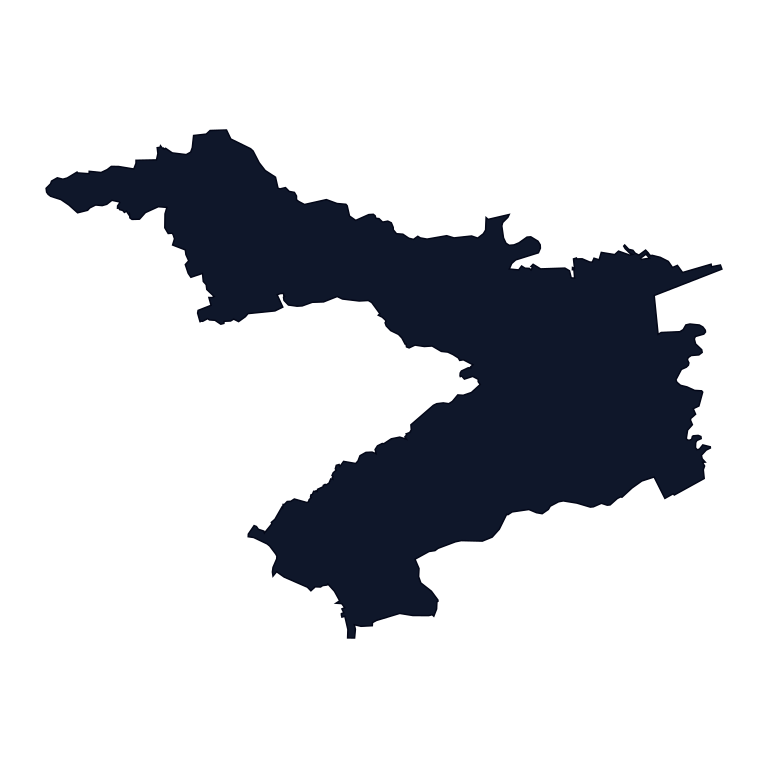 outline of DEJ, Cluj, Romania
{"feature_id": "2599482B75770184766435", "entity_name": "DEJ", "entity_type": "district", "adm_level": 2, "iso_a3": "ROU", "parent_name": "Romania", "parent_adm1": "Cluj", "projection": "robinson", "projection_center": [23.804, 47.127], "detail": "fine", "context": "isolated", "style": "filled", "palette": "ink", "viewbox_px": 768, "rotation_deg": 0, "n_neighbors": 0, "source": "geoboundaries", "source_scale": "gbopen_adm2", "svg_char_len": 6113}
<svg xmlns="http://www.w3.org/2000/svg" viewBox="0 0 768 768"><path d="M354.6,638.0L355.4,629.3L354.3,624.7L361.0,626.3L372.3,625.7L372.5,622.6L376.6,620.4L399.7,613.4L412.8,615.5L428.7,615.6L432.2,614.7L433.8,616.2L436.6,609.0L436.9,601.9L438.0,601.2L437.9,600.0L431.4,591.2L420.8,582.9L418.6,576.6L419.0,568.5L415.0,559.2L429.0,551.5L435.0,550.6L438.1,548.3L455.4,541.8L461.3,540.6L482.4,541.1L492.2,537.1L499.3,529.2L506.7,514.2L507.9,514.7L512.2,511.9L528.9,509.5L536.5,512.7L542.2,513.7L548.4,509.4L550.2,506.2L558.5,501.8L563.3,500.9L576.9,503.1L590.3,507.1L593.4,506.8L601.4,503.3L607.2,505.2L610.1,504.9L617.3,498.5L620.5,496.9L622.0,497.2L632.0,488.0L641.8,481.0L654.1,477.0L664.9,498.4L673.1,493.8L674.3,495.0L704.2,478.5L703.3,469.7L704.6,466.0L702.5,462.3L705.2,462.1L702.2,458.8L701.4,455.3L706.2,450.1L710.4,448.0L710.3,446.8L702.8,444.9L699.4,449.2L696.9,449.7L695.5,447.6L695.7,442.6L696.9,440.5L701.2,438.6L700.9,436.5L698.2,435.4L693.3,435.8L692.4,436.4L691.7,439.2L689.8,440.2L687.6,440.1L686.3,438.6L687.6,430.1L692.4,424.7L690.5,420.2L690.7,418.5L695.6,414.2L693.2,408.7L698.9,406.0L702.7,392.1L701.6,390.8L694.6,390.4L687.0,386.9L680.5,385.3L676.9,382.2L675.9,379.8L681.4,369.4L686.3,367.2L688.4,365.2L688.9,362.9L687.4,359.8L688.2,357.6L691.2,355.5L698.9,354.9L702.2,352.4L701.7,349.7L695.6,343.9L694.3,338.9L695.4,336.5L703.8,334.1L705.5,332.0L705.3,330.2L702.9,327.0L699.4,325.0L689.9,324.0L685.9,324.9L683.2,329.6L679.9,331.7L661.2,332.5L658.1,334.4L654.2,295.5L721.9,269.1L720.4,265.0L711.5,266.8L711.1,264.2L682.6,272.5L677.4,265.4L672.5,267.5L668.3,261.4L660.2,257.3L652.0,255.3L650.7,255.9L648.3,253.2L646.2,254.5L649.6,258.2L641.4,259.4L640.5,258.2L648.1,252.7L645.6,250.1L638.9,255.1L635.2,253.2L632.9,250.3L628.7,249.3L624.7,245.0L623.7,246.1L625.2,248.7L629.8,253.2L632.6,254.4L629.7,255.1L618.5,251.1L614.7,254.6L601.3,252.4L599.1,259.8L594.0,258.2L592.3,262.1L589.9,262.1L582.2,258.8L576.6,258.9L576.4,258.0L573.5,258.9L574.5,268.4L572.5,267.5L572.4,269.7L573.9,269.7L574.6,278.1L571.2,277.9L569.5,270.8L564.9,268.1L540.6,268.9L533.1,264.3L531.0,266.5L532.6,267.3L531.0,270.0L529.4,268.4L525.0,268.2L521.6,266.0L518.7,269.9L509.3,269.0L511.7,263.5L515.7,259.9L538.4,252.8L540.4,248.2L540.2,244.8L538.0,241.2L530.8,236.8L527.0,237.1L519.0,242.8L514.0,244.9L509.2,245.3L506.0,243.2L503.5,237.9L501.8,225.9L502.7,222.5L507.9,217.3L509.2,214.5L488.1,219.4L486.1,217.6L485.6,230.0L483.3,233.8L477.7,238.1L471.6,236.0L454.0,237.9L446.7,235.7L427.1,239.1L420.3,237.9L417.8,236.3L413.5,239.4L408.8,238.2L402.9,234.2L396.5,233.7L393.3,229.8L393.2,227.3L391.3,222.8L387.8,221.1L382.6,222.1L379.0,218.6L375.9,218.3L375.1,215.7L373.3,214.3L368.7,214.6L355.7,220.4L349.5,216.0L347.2,205.8L345.9,204.3L337.0,203.5L326.4,199.6L304.5,204.5L298.6,201.4L296.5,199.7L296.5,196.0L294.4,192.4L289.2,191.4L285.5,187.6L280.0,188.9L278.0,188.2L275.5,177.2L265.2,170.5L259.2,162.8L253.1,151.0L250.6,148.7L230.8,139.0L226.5,130.0L210.1,130.5L206.2,134.1L193.6,135.5L192.3,147.6L190.7,152.1L186.2,154.6L172.3,152.9L165.6,148.3L164.2,149.2L163.5,148.1L162.6,148.5L160.5,145.8L160.1,147.3L157.2,147.7L157.9,153.5L156.5,159.9L136.0,160.3L136.0,163.3L133.8,169.0L118.6,166.5L111.3,166.4L107.2,169.6L101.1,172.5L89.2,171.3L89.1,173.7L77.3,172.9L77.0,172.1L67.2,178.0L62.9,179.2L57.3,177.8L51.5,181.1L50.6,183.8L46.1,188.3L46.6,192.1L48.1,194.3L50.7,196.3L61.0,199.6L68.9,205.0L77.6,212.8L87.6,210.3L89.8,207.9L95.6,205.0L102.2,205.6L106.8,204.3L111.9,200.3L119.4,201.9L119.8,202.7L117.6,205.9L117.5,208.2L118.9,208.0L119.6,209.6L122.7,210.4L124.4,212.4L126.5,211.2L128.7,214.6L129.4,213.6L129.9,217.9L132.0,219.4L139.5,219.2L145.4,212.6L158.3,206.7L166.9,207.4L165.0,213.9L164.8,227.8L168.2,233.5L172.0,233.2L173.1,234.5L174.5,238.8L172.6,245.0L185.3,249.9L185.9,254.6L188.7,260.8L185.3,264.6L188.2,273.3L190.9,277.3L202.5,273.4L203.3,281.5L206.2,284.7L206.8,289.5L214.2,296.5L212.0,297.6L208.9,297.5L211.1,305.3L198.1,310.4L197.6,313.1L200.2,322.3L200.2,321.1L202.7,321.3L207.7,318.6L209.4,319.9L215.0,320.3L220.8,324.2L223.9,323.4L224.1,321.3L230.6,321.0L233.7,319.1L238.6,321.6L245.4,316.7L248.0,313.6L275.0,310.9L282.8,307.1L277.1,294.7L280.4,293.6L283.5,293.4L283.9,296.3L285.3,295.7L283.5,297.2L284.0,300.4L288.4,305.0L297.0,306.2L302.2,305.9L312.2,302.3L323.6,301.9L337.2,296.5L342.4,299.0L359.2,301.0L368.3,300.5L371.7,302.5L379.9,313.7L378.3,315.2L382.3,317.2L385.5,320.2L385.9,321.3L385.1,322.8L386.2,325.9L390.7,330.6L398.5,334.4L401.9,338.0L405.1,344.1L406.0,344.0L406.5,346.9L409.1,347.9L415.0,345.1L424.3,346.5L432.1,346.0L441.3,351.4L447.8,352.1L452.9,354.5L458.3,357.9L459.7,360.4L463.4,359.8L473.0,364.8L470.6,366.9L470.8,367.9L468.2,367.8L461.4,371.0L460.2,373.0L460.0,375.8L460.3,376.6L461.7,376.0L464.4,379.1L472.7,376.4L478.2,379.3L478.2,381.7L480.2,384.5L471.4,392.5L463.2,395.3L457.8,394.9L452.4,401.4L448.8,403.7L443.3,402.9L436.7,403.7L433.4,405.3L410.9,424.8L411.3,429.9L409.7,432.5L406.1,433.9L406.7,434.9L404.9,436.8L406.4,439.2L399.8,437.1L391.3,438.8L383.9,443.7L382.2,443.5L377.5,445.8L375.1,449.5L376.1,453.7L372.1,452.1L365.9,452.4L360.0,455.7L358.0,460.9L355.7,463.5L343.6,461.4L340.0,466.4L339.1,464.5L336.3,465.3L335.3,468.8L336.2,470.2L333.3,472.6L332.0,475.5L333.1,476.3L332.3,477.5L332.9,479.3L330.8,478.9L329.0,483.1L326.4,484.8L325.1,484.4L323.3,485.4L323.2,486.7L317.6,489.3L317.4,490.8L316.4,490.8L316.8,491.5L313.7,491.3L312.3,494.5L311.0,494.8L310.5,497.0L311.3,497.6L309.1,499.7L308.5,501.9L306.8,502.5L294.3,499.0L290.8,501.3L287.2,501.5L284.3,504.5L283.1,504.4L282.6,507.9L281.9,507.1L274.9,519.3L271.3,522.4L271.9,523.8L264.4,533.0L263.9,531.1L258.4,529.3L256.4,526.5L254.1,525.6L248.3,534.1L248.2,536.7L253.7,537.5L267.1,543.9L269.7,546.0L275.6,553.8L276.9,556.1L276.7,558.9L273.0,567.4L272.4,572.0L273.0,576.1L276.6,571.7L284.2,577.1L307.4,587.2L310.9,590.8L315.2,586.8L320.6,587.0L322.6,585.6L327.1,585.0L327.8,583.9L334.4,591.2L339.7,600.8L336.0,603.2L341.7,603.6L344.7,607.7L341.9,608.9L343.8,612.8L341.4,613.6L341.4,615.0L341.9,617.1L344.8,616.3L345.1,617.4L347.9,629.6L347.6,637.9L354.6,638.0Z" fill="#0f172a" stroke="#020617" stroke-width="1.5"/></svg>